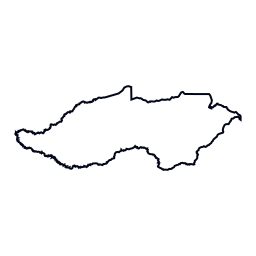 Itiquira, Mato Grosso, Brazil (orthographic projection)
{"feature_id": "56859067B35371788967725", "entity_name": "Itiquira", "entity_type": "district", "adm_level": 2, "iso_a3": "BRA", "parent_name": "Brazil", "parent_adm1": "Mato Grosso", "projection": "orthographic", "projection_center": [-54.701, -17.321], "detail": "fine", "context": "isolated", "style": "outline", "palette": "ink", "viewbox_px": 256, "rotation_deg": 0, "n_neighbors": 0, "source": "geoboundaries", "source_scale": "gbopen_adm2", "svg_char_len": 5829}
<svg xmlns="http://www.w3.org/2000/svg" viewBox="0 0 256 256"><path d="M69.3,167.9L70.0,168.5L71.2,168.8L72.2,168.3L73.0,166.2L73.4,165.8L74.2,166.1L74.6,165.7L75.3,166.7L76.0,166.1L76.6,166.4L77.6,166.2L78.6,167.5L78.8,167.2L79.6,167.5L79.6,167.1L80.6,167.3L80.9,166.9L81.1,167.1L82.3,167.1L84.0,166.7L84.1,166.2L84.6,166.5L84.9,166.1L85.9,166.7L86.4,166.6L86.6,167.0L87.0,166.8L87.9,165.3L88.2,165.7L89.2,164.6L90.0,164.9L89.9,164.4L90.3,164.2L90.8,164.4L92.3,164.1L92.8,163.5L96.1,163.3L97.6,163.7L98.3,164.8L98.8,164.9L99.4,164.4L100.1,164.4L102.5,165.1L103.4,164.0L104.8,164.0L106.0,163.4L106.5,163.5L107.2,162.7L107.0,162.0L107.9,161.7L109.4,160.1L110.7,160.0L112.1,158.7L113.9,158.4L114.3,157.9L114.0,156.6L114.7,155.6L114.7,154.1L115.8,152.4L117.7,151.9L119.0,152.2L119.4,151.7L121.1,150.8L121.3,149.7L121.7,150.2L123.5,150.8L123.9,150.2L125.0,150.4L126.2,149.6L126.5,148.8L129.1,149.3L130.0,148.8L132.0,148.4L134.3,147.2L135.1,146.1L135.6,146.7L136.8,146.9L136.5,147.6L136.8,147.8L137.2,147.5L138.1,148.1L138.3,148.5L139.3,148.2L140.5,147.2L141.5,147.3L141.8,147.7L142.3,147.5L143.4,147.8L143.7,147.5L144.4,147.6L145.9,148.6L147.0,148.5L146.7,149.1L147.8,149.8L147.4,150.9L147.7,151.3L147.4,151.6L148.4,153.3L150.1,154.1L152.5,154.3L152.8,154.7L153.8,154.6L154.8,155.5L154.7,156.1L155.7,156.7L155.7,157.6L156.0,157.9L156.9,158.0L157.4,158.7L158.4,158.9L158.6,159.3L158.0,160.6L158.8,161.6L158.2,162.5L158.6,162.5L158.6,163.0L159.3,163.2L158.3,165.8L157.9,166.2L158.0,166.7L160.2,168.0L161.6,168.5L162.3,169.3L163.3,169.3L163.6,169.8L164.8,169.6L167.8,169.8L169.2,168.9L169.7,169.1L171.8,168.7L171.9,168.3L174.0,167.2L174.7,165.9L177.2,164.9L178.2,164.8L179.3,163.9L180.0,164.1L180.8,163.1L182.6,162.8L183.6,163.3L185.1,163.1L186.1,164.2L186.6,163.8L187.7,164.6L188.9,164.1L189.3,164.6L189.9,164.5L190.2,164.1L191.8,164.1L193.4,164.6L194.3,164.3L194.1,163.8L194.1,162.9L194.8,162.0L194.8,160.8L196.5,159.3L197.3,157.8L197.2,155.9L198.0,154.7L197.6,153.9L197.0,153.6L197.1,153.0L196.7,152.7L196.6,151.8L198.2,150.2L198.5,150.2L199.0,148.4L200.7,147.3L203.3,146.7L204.0,146.2L205.3,146.9L206.4,146.6L207.5,145.4L208.9,145.1L209.5,144.3L211.2,143.1L211.9,141.7L212.8,141.0L213.4,139.6L215.9,137.3L216.6,137.0L217.7,134.8L218.8,134.0L223.0,132.6L223.3,131.8L222.8,130.0L223.3,127.7L224.6,125.0L226.2,124.1L228.6,124.1L230.4,121.1L231.0,120.7L231.4,119.1L231.8,118.7L233.3,118.5L234.7,117.2L238.1,116.8L239.4,117.7L239.3,118.4L239.6,119.1L240.6,119.8L240.6,116.5L240.3,115.6L239.5,114.9L238.5,114.7L236.3,112.2L235.6,112.0L234.5,112.6L230.4,111.3L227.7,109.5L227.3,108.3L226.6,107.8L226.4,107.1L223.5,106.9L223.1,106.1L222.3,106.0L221.2,105.2L218.5,104.6L217.6,103.6L216.7,103.8L216.3,104.8L214.9,105.4L215.0,105.8L214.3,105.8L213.2,107.2L212.3,107.4L211.8,107.1L211.5,107.4L211.4,108.2L211.1,108.0L210.6,107.2L210.4,108.0L209.2,107.5L209.0,107.2L209.9,105.0L211.4,102.8L211.9,100.3L210.2,95.4L209.1,94.1L185.0,94.0L184.1,93.4L183.1,92.1L182.2,92.0L181.1,92.6L178.7,96.3L177.8,97.0L175.2,97.1L173.5,97.7L172.1,97.1L169.7,99.8L167.4,99.3L166.1,99.8L163.1,99.8L162.2,99.4L159.4,100.7L158.0,101.0L156.5,100.5L155.5,101.2L154.3,101.6L151.0,101.3L150.4,101.8L149.7,101.5L148.6,102.3L147.8,102.3L145.8,100.5L143.2,99.9L140.8,98.2L139.7,98.4L136.8,97.6L131.4,99.6L131.2,87.0L128.5,86.2L126.8,86.4L124.3,87.6L122.5,90.5L118.5,93.5L105.1,97.4L103.3,97.5L101.0,98.0L100.1,97.7L98.5,97.7L95.5,99.9L95.1,99.1L94.1,99.5L93.6,99.4L92.8,100.4L93.1,101.0L91.7,102.0L90.2,101.7L89.8,101.8L89.8,102.3L88.2,102.3L87.0,102.8L85.9,102.3L84.7,102.6L84.5,101.9L83.2,101.4L82.3,101.9L81.8,101.9L80.6,103.0L79.4,103.5L79.3,104.3L76.9,104.8L76.2,105.2L76.5,105.8L76.4,106.3L75.5,106.4L74.8,107.0L74.5,107.9L72.3,111.3L70.6,111.3L70.8,111.7L69.9,112.6L68.9,112.1L67.8,112.2L67.0,113.1L66.5,113.2L66.0,114.0L64.6,114.3L64.2,114.9L64.5,115.8L64.3,116.2L63.4,116.4L62.8,117.7L61.5,118.4L61.4,119.3L62.0,120.2L61.3,121.7L59.9,121.6L57.8,123.0L56.9,123.3L56.6,124.4L55.5,124.9L54.8,124.4L53.3,125.0L51.3,124.3L50.8,124.4L50.5,125.5L50.7,126.8L49.8,127.9L50.0,128.2L49.4,128.9L47.7,129.9L46.6,129.7L46.2,130.1L44.9,130.2L44.9,129.8L44.5,130.0L44.7,131.2L44.3,131.3L43.6,132.9L43.0,133.3L41.2,132.3L39.5,133.3L38.7,132.6L38.1,133.0L37.7,132.7L35.1,134.2L35.0,133.8L34.6,133.9L34.3,133.6L34.2,133.1L33.4,133.3L33.3,132.8L32.8,133.0L32.5,132.5L32.0,132.4L31.7,132.1L31.9,131.5L29.2,131.4L28.8,131.8L28.4,131.1L28.0,131.1L27.2,132.0L26.1,130.9L26.1,131.4L24.3,130.3L23.6,129.4L22.4,129.6L21.7,130.2L20.3,130.2L19.8,131.1L18.9,131.0L19.1,131.4L18.3,132.2L17.0,132.0L16.5,132.5L16.6,134.1L15.9,133.0L15.9,133.5L15.4,133.9L16.5,134.7L17.0,134.5L17.3,134.8L16.9,135.2L17.6,135.3L17.3,136.7L17.6,137.2L17.3,137.8L17.9,138.0L17.3,138.3L17.4,138.9L17.0,139.5L17.4,140.6L17.7,140.3L18.5,140.3L18.3,140.8L18.7,142.1L19.3,142.2L19.9,142.9L20.3,142.8L21.5,143.8L20.8,143.8L20.7,144.2L21.0,144.5L22.4,144.8L22.3,145.3L22.8,145.4L23.0,146.3L23.4,146.1L24.9,146.8L24.6,147.9L25.6,148.2L26.8,147.9L26.9,148.5L28.6,148.2L28.8,147.8L29.5,147.6L30.0,148.0L30.6,147.9L32.2,149.4L32.2,149.9L32.8,150.2L32.9,151.0L33.5,151.4L34.1,151.5L33.9,150.9L35.2,151.5L35.9,151.3L37.3,151.9L38.5,151.7L40.0,152.1L40.2,152.7L40.8,152.5L41.3,153.1L41.9,152.0L42.4,152.8L43.9,153.4L44.6,154.0L44.6,155.1L45.0,156.0L46.2,156.1L46.6,155.8L47.8,156.6L48.1,156.5L47.5,156.1L48.3,155.3L49.2,155.7L50.9,155.2L51.6,155.3L51.8,155.6L51.4,156.3L52.7,156.6L52.2,157.4L52.7,157.2L53.8,158.0L53.8,157.4L54.6,157.1L55.2,158.1L54.8,158.3L55.2,159.6L55.8,159.2L56.2,159.5L56.7,160.6L56.5,161.4L57.6,162.4L57.7,161.7L58.1,162.4L58.8,161.8L60.5,163.3L60.6,163.8L59.7,163.6L60.1,164.4L62.0,164.1L62.2,164.5L63.2,164.7L63.4,165.6L64.4,164.8L64.4,165.3L65.7,166.1L65.6,166.7L66.4,166.5L66.1,166.9L66.3,167.3L66.8,167.0L67.2,167.4L68.0,167.6L69.5,167.2L69.3,167.9Z" fill="none" stroke="#020617" stroke-width="2"/></svg>